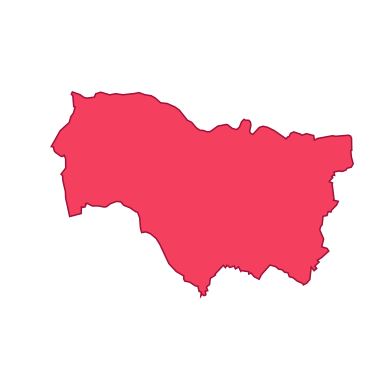 the district of Cork City North West Lea-6, Cork, Ireland, rotated 196°
{"feature_id": "5873133B44543417312152", "entity_name": "Cork City North West Lea-6", "entity_type": "district", "adm_level": 2, "iso_a3": "IRL", "parent_name": "Ireland", "parent_adm1": "Cork", "projection": "mercator", "projection_center": [-8.566, 51.923], "detail": "fine", "context": "isolated", "style": "filled", "palette": "rose", "viewbox_px": 384, "rotation_deg": 196, "n_neighbors": 0, "source": "geoboundaries", "source_scale": "gbopen_adm2", "svg_char_len": 2513}
<svg xmlns="http://www.w3.org/2000/svg" viewBox="0 0 384 384"><g transform="rotate(196 192 192)"><path d="M274.7,270.7L285.3,266.4L292.5,265.4L297.9,262.7L307.2,262.8L311.6,259.9L312.0,256.3L318.8,253.3L321.9,253.1L326.4,254.7L334.6,255.2L335.0,252.7L333.1,251.7L329.2,241.4L327.7,241.4L327.8,235.0L329.2,231.1L329.2,224.9L335.6,214.6L339.8,196.8L337.6,197.1L335.9,193.7L334.3,192.5L327.8,190.2L326.2,190.4L325.2,192.2L322.7,189.3L320.0,180.2L322.8,173.0L320.9,172.0L319.2,167.2L313.9,157.7L311.8,151.4L302.8,134.7L292.5,140.8L294.2,147.2L292.6,147.1L290.7,148.2L290.4,150.7L291.0,151.1L290.1,152.2L283.8,151.1L278.4,152.8L272.3,153.3L270.0,154.4L267.4,158.1L262.2,162.0L257.8,163.0L254.0,160.4L247.5,159.8L240.6,157.5L238.7,157.5L235.2,152.8L231.7,143.4L229.2,139.1L225.4,140.9L220.6,140.5L213.5,137.4L208.3,132.6L194.5,116.8L185.2,111.2L176.7,109.0L176.1,106.3L174.5,104.4L169.3,104.7L162.9,102.7L160.4,103.0L157.7,98.3L155.6,98.4L154.8,94.3L154.0,96.5L151.9,95.7L150.5,96.6L150.6,98.0L152.0,100.1L149.7,101.5L151.9,104.6L149.6,107.9L150.6,114.0L146.6,118.6L147.2,119.4L141.7,130.1L139.0,128.5L138.1,131.2L134.9,129.9L131.1,132.4L129.0,130.0L126.5,132.8L123.3,129.2L122.9,130.0L115.5,131.0L114.8,128.8L112.8,130.4L108.8,127.7L103.4,126.6L102.5,131.7L96.9,143.3L90.9,143.3L87.5,141.7L84.1,142.1L80.9,140.4L77.5,140.8L75.1,137.4L71.3,137.5L66.4,135.4L60.5,134.6L59.3,133.4L56.6,136.0L54.6,140.4L56.7,152.6L52.9,150.0L51.0,152.9L53.5,154.7L50.5,159.7L52.8,160.9L49.6,164.3L44.2,172.9L46.6,175.0L52.2,175.1L52.5,183.1L58.8,190.9L58.8,194.0L57.9,196.5L59.3,204.8L55.7,206.6L55.7,210.7L52.9,211.0L52.9,213.0L49.4,219.3L48.8,223.4L53.7,223.1L53.4,224.0L59.9,239.2L58.8,239.5L62.9,239.7L62.8,240.5L60.7,244.6L61.9,245.3L60.9,247.1L59.5,247.3L60.9,250.4L56.7,252.6L53.0,253.3L50.0,255.6L49.5,257.5L45.7,259.8L44.8,263.6L48.3,269.3L50.8,275.5L49.9,276.0L53.5,287.8L55.1,289.5L57.3,289.7L69.1,285.2L72.5,284.8L85.8,278.2L88.7,275.7L90.6,279.8L98.1,279.6L102.3,276.7L103.3,277.5L110.8,277.8L113.4,275.5L113.9,272.2L115.5,271.0L116.1,269.0L129.8,273.7L137.1,275.0L141.8,274.8L145.1,272.6L149.4,264.2L151.7,264.6L153.3,266.0L153.8,272.6L155.2,275.4L157.1,276.6L160.3,275.8L162.1,276.2L163.7,273.1L164.3,267.3L166.4,264.3L170.8,264.2L176.4,266.5L177.9,266.3L185.3,262.5L191.0,255.3L193.9,254.0L198.2,254.3L201.4,253.5L205.9,255.1L211.4,258.8L216.4,259.8L226.7,267.2L231.6,269.0L240.2,270.2L246.7,269.1L253.5,272.3L257.8,273.3L264.0,272.5L270.4,272.9L274.7,270.7Z" fill="#f43f5e" stroke="#9f1239" stroke-width="1.5"/></g></svg>